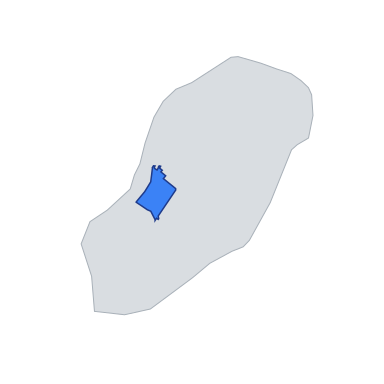 71, Umm Salal, Qatar shown in context, rotated 214°
{"feature_id": "91078587B67880775667160", "entity_name": "71", "entity_type": "district", "adm_level": 2, "iso_a3": "QAT", "parent_name": "Qatar", "parent_adm1": "Umm Salal", "projection": "orthographic", "projection_center": [51.367, 25.463], "detail": "fine", "context": "in_parent", "style": "filled", "palette": "blue", "viewbox_px": 384, "rotation_deg": 214, "n_neighbors": 0, "source": "geoboundaries", "source_scale": "gbopen_adm2", "svg_char_len": 1116}
<svg xmlns="http://www.w3.org/2000/svg" viewBox="0 0 384 384"><g transform="rotate(214 192 192)"><path d="M206.9,337.3L191.1,341.2L176.2,345.5L163.8,345.3L153.8,343.6L147.2,339.5L134.5,323.1L125.6,301.9L131.2,290.1L133.1,282.7L121.2,226.9L117.4,184.0L118.9,175.2L125.8,165.1L137.4,142.8L143.6,121.3L161.1,71.7L179.3,52.5L206.1,38.5L228.1,66.0L254.9,87.0L260.0,110.4L252.1,129.6L244.9,160.0L249.3,174.0L250.9,186.1L258.3,206.4L265.4,232.8L266.6,251.1L262.8,268.2L253.4,282.5L235.0,325.5L229.5,330.0L206.9,337.3Z" fill="#d9dde1" stroke="#a8b0b8" stroke-width="1"/><path d="M238.6,192.2L238.5,190.1L238.4,190.1L235.0,183.5L231.9,177.3L231.6,171.4L231.4,165.7L231.9,160.8L232.7,152.6L232.6,152.3L229.0,152.3L219.1,152.3L215.4,153.0L207.1,148.4L206.7,147.8L206.7,148.7L206.7,150.4L204.7,150.4L204.7,151.3L206.6,153.2L206.6,169.0L206.6,172.3L206.6,184.5L207.5,185.7L215.3,186.4L215.7,186.4L223.2,187.1L222.9,190.7L229.0,191.3L228.8,193.4L232.2,193.7L232.4,195.8L233.5,195.5L234.0,194.7L233.4,192.8L233.3,190.7L236.2,190.6L237.1,191.7L237.2,192.9L238.6,192.2Z" fill="#3b82f6" stroke="#1e3a8a" stroke-width="1.5"/></g></svg>